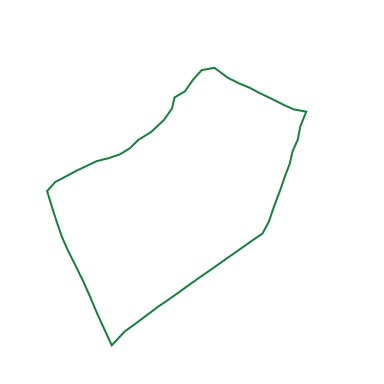 São João de Meriti, Rio de Janeiro, Brazil, rotated 156°
{"feature_id": "56859067B99061822733599", "entity_name": "São João de Meriti", "entity_type": "district", "adm_level": 2, "iso_a3": "BRA", "parent_name": "Brazil", "parent_adm1": "Rio de Janeiro", "projection": "orthographic", "projection_center": [-43.368, -22.785], "detail": "fine", "context": "isolated", "style": "outline", "palette": "green", "viewbox_px": 384, "rotation_deg": 156, "n_neighbors": 0, "source": "geoboundaries", "source_scale": "gbopen_adm2", "svg_char_len": 824}
<svg xmlns="http://www.w3.org/2000/svg" viewBox="0 0 384 384"><g transform="rotate(156 192 192)"><path d="M100.2,169.1L91.2,178.1L83.5,188.3L74.0,196.9L66.2,208.1L54.9,218.9L65.6,226.2L72.6,234.1L81.5,244.9L90.2,255.1L97.2,264.1L104.3,271.4L112.8,281.8L121.0,296.3L133.6,299.4L145.5,294.1L157.5,286.8L169.5,285.5L176.2,276.5L188.4,269.2L205.1,263.4L219.7,261.5L230.7,257.3L242.5,255.7L254.1,256.8L266.7,259.0L289.1,258.4L301.5,257.5L312.7,256.8L324.0,251.8L326.5,231.3L327.7,219.6L329.1,204.1L329.1,187.8L328.3,171.3L327.7,154.3L327.7,138.0L328.1,119.2L327.7,84.6L309.8,92.1L299.1,94.3L284.4,97.6L269.2,101.1L258.8,102.9L245.8,105.5L232.2,108.4L217.5,111.3L205.5,113.5L185.8,117.5L170.1,120.5L156.5,123.2L144.5,125.4L133.9,133.6L122.1,146.3L110.2,158.3L100.2,169.1Z" fill="none" stroke="#15803d" stroke-width="2"/></g></svg>